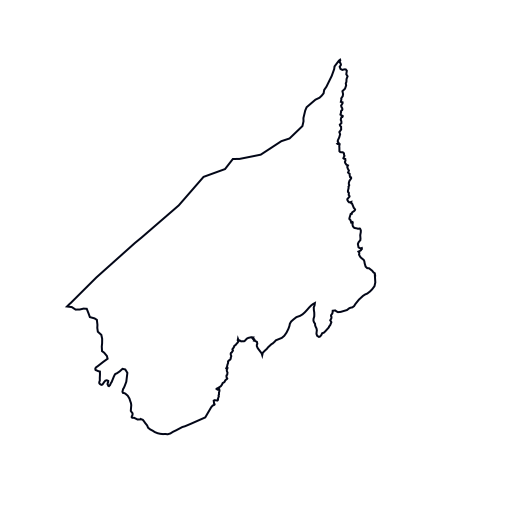 Santa María Tepantlali, Oaxaca, Mexico, rotated 221°
{"feature_id": "50627088B72536990045476", "entity_name": "Santa María Tepantlali", "entity_type": "district", "adm_level": 2, "iso_a3": "MEX", "parent_name": "Mexico", "parent_adm1": "Oaxaca", "projection": "equal_earth", "projection_center": [-96.004, 16.943], "detail": "fine", "context": "isolated", "style": "outline", "palette": "ink", "viewbox_px": 512, "rotation_deg": 221, "n_neighbors": 0, "source": "geoboundaries", "source_scale": "gbopen_adm2", "svg_char_len": 6064}
<svg xmlns="http://www.w3.org/2000/svg" viewBox="0 0 512 512"><g transform="rotate(221 256 256)"><path d="M186.2,185.2L187.4,187.4L187.2,190.6L186.9,193.0L187.0,195.0L186.5,199.6L186.0,201.0L185.7,203.7L185.7,205.4L182.8,211.1L182.3,214.3L182.7,218.2L183.8,222.4L184.9,225.2L186.0,227.1L186.5,229.6L186.1,232.7L185.4,236.4L183.5,239.7L182.6,242.5L182.2,245.5L182.1,248.7L182.1,252.1L181.9,254.9L181.5,256.9L180.7,259.1L179.4,257.1L178.7,255.1L176.9,253.2L175.1,251.7L173.7,250.2L172.4,248.6L171.3,246.2L170.1,244.8L168.6,244.0L167.0,243.6L165.8,242.4L164.5,241.7L162.8,241.0L161.3,239.8L160.4,238.4L159.3,236.9L157.5,235.9L155.4,236.2L154.8,237.4L154.9,239.4L155.4,241.1L154.5,242.6L154.3,244.5L154.2,249.9L154.6,250.7L154.6,252.4L155.7,255.5L157.8,256.2L158.2,258.3L159.0,259.5L160.0,259.9L160.5,260.6L160.7,262.8L161.5,264.1L162.2,265.0L160.5,266.9L158.9,267.0L157.3,267.4L155.4,269.4L151.9,274.9L151.3,277.9L150.5,279.3L149.6,280.4L149.1,282.5L149.5,285.0L149.7,290.6L149.1,296.1L148.4,298.6L147.4,300.6L146.7,304.0L146.5,307.1L146.8,311.0L148.6,314.3L153.8,319.6L153.6,319.7L155.0,320.9L156.6,320.7L158.6,321.1L162.6,320.9L164.1,319.8L166.3,319.9L169.1,321.7L170.8,323.1L172.1,323.7L175.7,323.6L177.0,323.8L179.1,324.6L179.8,325.8L180.5,326.4L181.3,326.4L181.6,326.5L181.1,327.5L180.6,329.1L180.8,330.1L180.7,330.8L181.4,331.4L181.9,330.5L183.0,330.0L184.3,329.8L187.0,331.9L187.6,333.6L187.7,336.5L188.0,336.8L188.4,337.5L191.0,340.1L192.6,342.8L193.7,344.1L195.4,344.9L196.0,344.6L196.8,343.5L198.0,343.0L200.2,341.7L202.2,341.9L203.7,342.9L204.9,344.7L205.5,345.0L205.7,344.7L205.6,344.1L205.7,343.8L206.0,343.6L207.7,344.8L208.3,345.1L209.6,345.1L210.2,345.6L210.9,347.1L212.1,349.8L211.7,350.2L211.4,350.7L211.9,351.1L212.0,352.4L211.5,354.0L211.4,355.3L211.7,356.1L212.8,356.4L213.8,356.5L217.9,358.6L218.5,358.3L219.1,358.4L219.6,359.3L220.3,358.1L220.9,357.6L222.4,357.7L223.9,358.3L224.4,358.8L224.4,362.2L225.2,362.8L226.1,362.9L226.7,363.7L227.2,364.5L228.1,364.8L228.6,364.7L229.3,365.4L230.8,368.2L231.7,369.0L231.9,370.3L232.3,370.8L233.2,371.2L234.1,372.4L234.8,374.1L235.1,377.0L235.8,377.7L236.8,377.3L238.3,378.4L239.3,379.5L240.5,379.3L241.3,379.4L241.9,381.4L243.9,382.1L245.6,383.1L246.0,384.7L247.6,384.2L249.6,384.7L250.6,385.3L251.0,386.6L252.3,387.8L253.5,387.1L254.2,387.1L254.6,388.2L254.9,389.6L255.8,390.0L257.0,391.2L258.6,391.2L259.7,390.2L260.6,389.7L261.8,389.8L264.0,392.3L265.3,393.6L266.2,395.2L267.9,394.1L268.3,394.1L267.9,395.6L269.6,396.2L270.1,397.0L271.0,400.1L272.4,403.1L274.4,404.2L274.7,407.3L276.6,409.4L278.0,409.5L278.9,410.1L278.7,412.3L280.0,413.7L281.3,414.3L282.2,415.8L282.6,416.9L282.0,417.5L282.3,418.5L285.0,418.1L286.1,420.3L286.7,420.9L287.0,421.7L286.7,422.6L287.1,423.5L288.1,424.2L289.2,424.5L290.4,425.3L290.9,428.1L291.5,428.8L293.1,428.0L294.4,430.3L295.1,430.9L295.4,433.5L296.5,435.3L298.9,437.1L298.6,440.7L299.9,443.9L301.5,445.2L302.0,446.7L303.8,449.0L304.8,451.7L307.1,452.4L309.0,455.4L310.7,455.7L311.8,454.8L312.9,453.1L314.9,452.6L317.0,453.7L317.2,455.7L317.7,456.4L319.0,457.0L320.1,457.1L320.8,459.0L321.3,459.3L321.6,457.8L321.1,450.6L319.6,448.3L317.0,441.6L313.9,429.9L313.5,426.1L311.7,423.1L311.6,420.0L311.9,417.1L313.7,413.0L315.4,401.5L314.3,398.1L310.7,391.2L308.5,388.8L306.2,384.5L307.8,366.7L312.2,359.3L318.9,335.6L323.5,329.6L332.1,318.5L337.1,314.0L336.4,301.3L347.5,281.3L347.5,243.5L354.5,194.7L355.9,186.5L362.4,135.1L365.0,98.8L365.2,97.8L365.5,93.9L361.5,96.6L357.0,97.2L353.9,100.0L351.6,103.2L349.1,105.1L344.5,102.7L341.3,100.9L336.9,103.0L334.2,103.4L330.5,100.0L328.6,97.6L325.7,95.1L321.0,95.0L317.8,92.6L314.9,89.2L313.0,86.5L309.8,83.2L307.1,83.4L302.9,82.7L300.6,81.1L301.8,76.0L303.3,68.3L303.6,67.6L303.6,66.2L303.2,65.3L302.2,64.7L301.3,65.1L300.4,65.3L299.3,65.7L298.0,66.4L296.1,64.3L293.9,61.5L292.2,59.6L291.5,57.9L290.8,57.2L290.0,57.0L288.5,57.2L287.9,57.5L287.6,58.3L287.6,58.9L287.9,61.1L287.9,63.1L287.1,64.3L285.6,64.8L284.7,63.6L284.6,62.9L284.0,61.9L283.0,61.5L282.3,61.1L281.6,61.3L281.5,62.9L282.1,64.7L282.3,66.3L284.2,71.8L284.7,73.7L284.8,74.7L284.1,76.0L283.2,79.4L282.7,83.3L280.2,84.6L276.4,83.4L273.9,79.7L271.4,76.0L269.8,71.7L269.2,69.7L269.0,68.3L267.7,65.9L266.6,65.4L265.4,66.1L264.3,66.4L261.1,66.4L257.8,65.3L256.6,64.5L253.8,62.9L252.3,61.6L248.9,57.0L248.0,56.7L246.0,56.3L245.1,55.3L244.7,54.4L244.6,53.6L244.1,52.8L243.4,52.7L242.7,53.1L241.9,53.9L238.1,54.9L235.5,57.4L235.6,57.5L233.9,58.1L231.8,57.7L230.3,57.3L227.0,56.7L224.8,55.6L222.2,55.7L219.2,56.4L216.9,56.7L214.0,57.7L211.6,59.0L209.3,60.6L207.8,62.1L205.7,63.5L204.2,65.9L203.3,68.9L201.9,72.1L199.4,78.6L197.9,80.9L195.2,86.4L188.4,100.9L190.6,112.5L190.6,114.8L190.3,115.2L189.8,116.4L190.0,117.0L190.8,117.1L193.0,119.1L192.7,120.0L190.3,121.6L190.3,122.4L190.6,122.9L191.0,123.1L192.0,125.7L192.6,126.0L192.9,126.4L193.0,127.1L194.4,128.7L194.7,129.5L195.3,130.5L196.4,131.4L196.8,131.1L196.9,130.3L197.3,129.9L198.6,129.8L198.6,130.2L198.0,131.6L197.1,134.6L197.3,136.7L197.8,138.2L197.2,139.9L197.2,140.7L197.5,141.5L197.6,142.2L197.2,144.4L197.3,144.7L198.1,144.9L199.0,145.4L199.9,146.5L199.8,147.0L199.9,147.6L201.0,149.3L202.4,150.0L203.4,150.9L203.7,151.8L203.7,152.2L203.9,152.5L204.4,151.9L204.8,151.8L205.3,153.6L206.3,155.3L206.6,156.2L206.9,157.0L207.8,157.9L208.0,158.3L207.8,158.8L207.9,159.8L207.5,160.8L207.7,161.9L208.3,162.6L208.9,164.1L209.5,164.6L210.1,164.8L210.8,165.4L211.2,166.0L211.3,166.5L211.0,167.4L211.2,167.9L211.3,169.4L212.5,170.0L212.7,170.4L212.6,171.4L212.9,172.1L212.9,173.0L213.3,173.6L213.4,174.0L213.0,175.6L213.1,177.3L213.0,178.3L213.2,179.8L213.3,180.1L214.5,180.4L215.2,181.6L214.3,181.1L213.3,181.4L212.6,181.4L212.2,181.8L211.3,181.8L210.8,182.2L210.4,182.7L209.1,183.8L208.9,184.2L208.8,184.7L208.7,187.6L208.1,189.1L206.3,191.6L204.7,192.7L204.6,192.1L204.6,191.6L203.9,191.6L203.5,191.3L203.0,191.4L203.0,192.0L202.2,191.9L201.9,191.6L201.8,190.9L201.0,191.3L199.0,191.8L197.4,190.6L197.1,189.5L196.2,188.5L194.3,187.6L187.8,186.2L186.2,185.2Z" fill="none" stroke="#020617" stroke-width="2"/></g></svg>